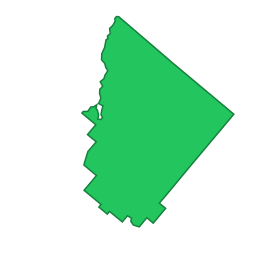 outline of Polk, Florida, United States of America, rotated 220°
{"feature_id": "52423323B51460600730955", "entity_name": "Polk", "entity_type": "district", "adm_level": 2, "iso_a3": "USA", "parent_name": "United States of America", "parent_adm1": "Florida", "projection": "equal_earth", "projection_center": [-81.546, 28.003], "detail": "fine", "context": "isolated", "style": "filled", "palette": "green", "viewbox_px": 256, "rotation_deg": 220, "n_neighbors": 0, "source": "geoboundaries", "source_scale": "gbopen_adm2", "svg_char_len": 992}
<svg xmlns="http://www.w3.org/2000/svg" viewBox="0 0 256 256"><g transform="rotate(220 128 128)"><path d="M137.0,206.5L142.6,206.6L206.7,207.3L208.5,205.9L208.4,203.3L206.4,201.4L205.6,196.5L206.1,192.4L202.3,189.0L202.9,185.3L200.7,183.3L201.6,181.6L197.7,174.7L195.8,168.0L192.2,163.3L187.4,162.5L183.7,160.0L180.3,158.9L179.6,153.6L178.1,150.3L179.1,145.7L174.2,143.6L174.5,139.6L172.3,136.5L167.9,133.3L166.2,127.8L161.5,128.9L160.0,125.7L157.4,121.0L154.3,119.7L154.2,117.1L156.9,115.4L158.7,118.9L163.1,122.1L165.0,122.3L166.9,125.8L168.0,122.0L170.0,120.2L169.5,114.9L172.9,111.9L172.9,109.8L154.8,109.8L154.8,96.9L152.5,96.9L143.5,97.0L143.6,84.2L139.1,73.6L138.0,71.3L121.6,71.3L121.6,70.2L121.6,52.0L99.6,52.1L99.5,48.7L88.5,48.7L88.6,52.2L72.0,52.4L72.0,60.4L67.4,61.2L65.9,58.4L61.6,57.1L55.8,59.5L55.9,71.4L47.5,71.3L47.5,90.6L55.7,90.6L55.6,103.5L55.7,118.0L55.8,138.9L55.8,144.6L55.8,148.9L55.8,206.6L137.0,206.5Z" fill="#22c55e" stroke="#15803d" stroke-width="1.5"/></g></svg>